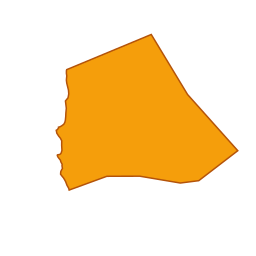 the district of Alamn, Matruh, Egypt, rotated 239°
{"feature_id": "37247803B41250479572628", "entity_name": "Alamn", "entity_type": "district", "adm_level": 2, "iso_a3": "EGY", "parent_name": "Egypt", "parent_adm1": "Matruh", "projection": "robinson", "projection_center": [28.773, 30.785], "detail": "fine", "context": "isolated", "style": "filled", "palette": "amber", "viewbox_px": 256, "rotation_deg": 239, "n_neighbors": 0, "source": "geoboundaries", "source_scale": "gbopen_adm2", "svg_char_len": 961}
<svg xmlns="http://www.w3.org/2000/svg" viewBox="0 0 256 256"><g transform="rotate(239 128 128)"><path d="M209.6,105.5L208.8,104.7L206.5,103.3L204.3,102.4L203.3,101.7L202.4,101.0L200.7,99.8L198.0,98.6L191.2,96.5L187.8,94.8L184.8,92.2L183.4,88.3L181.4,87.4L176.7,85.3L172.9,82.5L170.0,80.6L166.9,78.3L165.4,76.8L164.3,74.9L164.0,72.1L164.1,70.3L164.5,68.8L163.7,68.4L163.0,66.5L163.0,65.3L160.2,64.3L156.8,64.4L154.2,64.8L151.2,64.6L147.3,62.2L142.9,59.9L141.5,58.4L141.0,57.8L140.6,56.9L140.5,55.8L140.7,55.2L141.0,54.6L141.3,53.7L140.8,53.2L139.3,53.0L137.3,53.2L135.4,53.5L133.5,53.0L131.4,52.9L130.5,52.7L129.7,52.0L128.5,51.5L127.1,51.0L126.4,49.7L125.9,48.9L125.4,48.1L124.3,47.2L124.0,47.0L123.1,46.4L121.1,46.6L118.4,47.0L116.2,47.0L114.1,46.9L110.3,46.2L106.8,46.1L105.1,45.6L104.7,47.8L97.5,85.0L80.6,113.3L53.9,144.5L46.4,161.5L52.0,210.4L126.0,196.3L196.2,196.1L209.6,105.6L209.6,105.5Z" fill="#f59e0b" stroke="#b45309" stroke-width="1.5"/></g></svg>